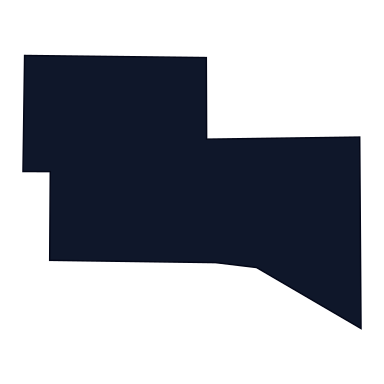 Kerr, Texas, United States of America
{"feature_id": "52423323B33444382210707", "entity_name": "Kerr", "entity_type": "district", "adm_level": 2, "iso_a3": "USA", "parent_name": "United States of America", "parent_adm1": "Texas", "projection": "equal_earth", "projection_center": [-99.429, 30.036], "detail": "fine", "context": "isolated", "style": "filled", "palette": "ink", "viewbox_px": 384, "rotation_deg": 0, "n_neighbors": 0, "source": "geoboundaries", "source_scale": "gbopen_adm2", "svg_char_len": 267}
<svg xmlns="http://www.w3.org/2000/svg" viewBox="0 0 384 384"><path d="M24.6,55.5L23.0,171.5L50.3,171.6L49.7,260.3L85.2,260.8L215.6,262.6L256.5,267.5L361.0,328.5L359.7,137.1L206.6,139.2L206.3,57.6L24.6,55.5Z" fill="#0f172a" stroke="#020617" stroke-width="1.5"/></svg>